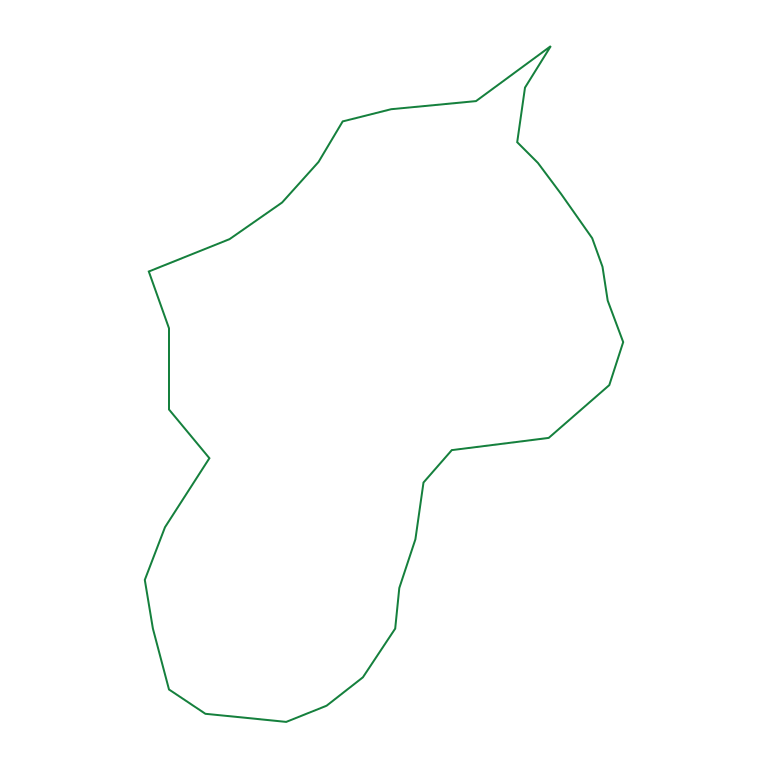 the district of Agios Sozomenos, Nicosia, Cyprus
{"feature_id": "46923920B46638868756169", "entity_name": "Agios Sozomenos", "entity_type": "district", "adm_level": 2, "iso_a3": "CYP", "parent_name": "Cyprus", "parent_adm1": "Nicosia", "projection": "mercator", "projection_center": [33.446, 35.069], "detail": "fine", "context": "isolated", "style": "outline", "palette": "green", "viewbox_px": 768, "rotation_deg": 0, "n_neighbors": 0, "source": "geoboundaries", "source_scale": "gbopen_adm2", "svg_char_len": 545}
<svg xmlns="http://www.w3.org/2000/svg" viewBox="0 0 768 768"><path d="M623.2,342.1L607.7,300.6L602.5,266.8L592.2,238.2L561.2,194.1L537.9,162.9L517.2,142.2L525.0,87.6L550.8,46.1L476.0,101.1L391.2,109.2L342.7,121.4L318.5,162.0L282.1,202.5L229.6,239.1L148.8,271.5L169.0,328.3L169.0,409.5L209.4,458.2L165.0,527.2L144.8,579.9L152.9,628.6L169.0,689.5L205.4,713.8L286.2,721.9L326.6,705.7L362.9,677.3L395.2,628.6L399.3,588.0L415.4,539.3L423.5,482.5L451.8,450.1L548.7,437.9L609.3,385.1L623.2,342.1Z" fill="none" stroke="#15803d" stroke-width="2"/></svg>